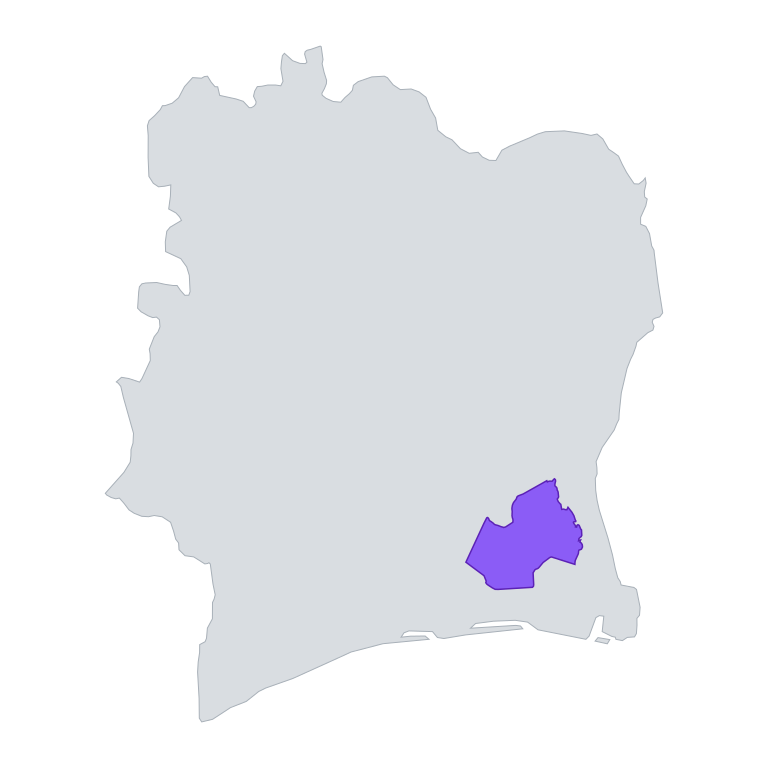 where Agnéby sits in Ivory Coast
{"feature_id": "CIV-3451", "entity_name": "Agnéby", "entity_type": "Department", "adm_level": 1, "iso_a3": "CIV", "parent_name": "Ivory Coast", "parent_adm1": "", "projection": "natural_earth1", "projection_center": [-3.837, 6.123], "detail": "fine", "context": "in_parent", "style": "filled", "palette": "violet", "viewbox_px": 768, "rotation_deg": 0, "n_neighbors": 0, "source": "natural_earth", "source_scale": "10m", "svg_char_len": 5420}
<svg xmlns="http://www.w3.org/2000/svg" viewBox="0 0 768 768"><path d="M162.4,105.7L165.2,105.6L172.2,103.2L178.6,97.8L184.5,86.6L192.6,77.6L201.6,78.2L204.3,76.6L207.5,76.2L211.2,82.2L215.0,86.7L217.7,86.8L219.7,95.4L236.2,99.0L243.2,101.3L249.1,107.6L251.2,107.7L253.7,106.4L255.7,104.2L256.1,101.8L253.5,96.2L254.7,91.1L257.3,86.6L261.6,86.3L268.0,85.0L275.3,85.0L280.8,85.8L283.0,81.3L280.9,68.6L281.5,61.6L282.4,55.7L284.4,53.3L292.6,60.7L300.0,63.4L305.4,63.6L306.9,62.2L304.6,54.1L305.2,51.6L307.2,50.2L310.7,49.4L320.2,46.1L321.2,46.7L323.0,59.5L322.1,63.7L324.1,72.4L326.6,80.4L326.4,83.7L324.4,88.7L321.9,93.3L322.2,95.2L326.0,98.3L333.2,101.5L340.8,102.2L345.0,97.5L349.4,93.7L352.4,90.3L353.4,85.3L358.2,81.6L371.8,76.9L384.4,76.2L387.4,77.7L393.1,84.8L400.3,89.6L411.2,89.0L419.1,91.9L426.0,97.3L430.6,109.3L435.6,118.0L437.8,130.3L445.8,136.8L452.0,139.8L460.4,148.7L469.2,153.3L478.2,152.3L482.4,157.0L489.2,160.3L495.9,160.5L501.9,150.2L509.7,146.1L529.6,137.8L537.4,134.1L545.3,131.7L564.4,130.9L582.2,133.5L591.0,135.4L597.0,134.0L602.8,138.9L608.7,149.2L613.6,152.5L618.5,156.1L622.2,164.2L626.5,172.3L628.8,175.9L634.2,183.8L638.8,184.0L643.3,180.5L645.2,177.9L646.1,183.2L644.3,191.7L644.7,197.0L647.2,199.0L645.8,205.8L640.6,217.4L640.6,224.2L645.8,226.4L649.5,233.6L651.7,246.0L654.0,250.2L654.2,252.7L658.0,282.8L662.7,312.9L659.7,316.9L655.6,318.0L653.0,319.4L652.2,322.2L654.0,326.4L652.9,330.1L647.8,332.7L636.8,342.3L636.0,346.1L633.1,354.3L630.6,359.3L627.0,368.5L621.3,392.9L619.2,413.2L618.9,419.4L616.7,423.8L614.2,430.0L602.2,447.4L596.1,461.6L596.9,467.7L597.1,473.9L595.3,478.4L595.7,490.4L597.1,500.4L599.3,510.2L608.0,538.1L612.5,555.0L615.3,568.6L617.8,577.8L620.2,581.5L621.1,585.0L634.0,587.5L636.5,589.5L640.1,607.3L639.5,615.3L636.9,618.4L637.0,625.2L636.4,633.6L634.5,636.9L627.3,637.4L622.4,640.6L615.9,639.3L615.3,637.2L611.8,636.4L602.2,631.6L603.8,616.2L599.4,615.6L595.9,617.6L589.1,636.1L585.9,639.3L538.0,629.8L527.6,622.1L515.2,620.3L493.5,621.2L475.6,623.5L470.5,628.2L515.7,625.4L520.5,626.0L522.8,628.8L465.7,634.9L443.9,638.5L437.4,637.5L432.5,631.6L408.9,630.9L404.0,632.8L401.1,637.2L410.4,636.2L425.1,636.0L429.0,639.3L383.0,643.7L351.1,652.0L337.6,658.2L293.0,678.4L265.8,688.0L258.7,691.5L246.3,701.4L230.5,707.6L212.6,719.3L201.7,721.9L199.3,718.2L199.1,698.5L197.6,672.1L198.2,662.0L199.6,652.5L199.7,644.6L205.1,641.7L206.5,638.3L207.4,628.1L212.4,618.8L212.5,602.5L214.1,599.1L215.2,594.8L213.0,584.1L210.3,564.0L208.9,562.7L207.7,563.5L204.8,563.9L193.7,556.9L185.0,555.7L179.0,549.8L178.6,543.0L175.7,539.1L173.6,531.2L170.6,522.3L162.2,516.8L154.2,515.5L148.5,516.7L141.8,516.3L134.2,513.3L129.0,509.9L124.0,503.3L119.4,498.1L115.7,498.8L111.2,497.5L106.8,495.1L105.3,493.3L123.9,472.4L130.2,462.2L130.9,455.9L131.0,449.6L133.0,443.1L133.5,433.3L123.4,397.5L120.8,386.4L118.1,383.1L116.3,381.9L121.5,377.3L128.7,378.5L139.6,382.1L142.0,378.5L150.3,360.5L150.1,353.7L149.3,349.1L154.2,336.7L158.0,331.9L160.0,326.8L159.4,319.7L156.5,317.1L152.7,317.6L148.1,315.8L141.1,311.8L137.6,308.2L138.7,291.8L139.4,286.8L141.9,283.8L145.7,283.0L156.6,282.5L165.3,284.4L173.0,285.5L177.1,285.5L180.4,290.3L184.8,295.3L188.8,295.2L190.1,291.6L189.3,275.4L186.7,266.9L180.8,258.7L165.6,251.6L165.3,241.8L166.8,231.2L170.1,227.2L181.5,220.4L179.5,216.8L175.9,212.9L168.7,209.0L170.4,196.3L170.8,184.9L164.7,186.2L158.5,186.8L153.3,183.3L148.9,176.4L148.1,157.4L148.2,135.5L147.4,125.8L149.1,120.6L154.5,115.8L160.3,109.6L162.4,105.7ZM609.8,639.6L607.3,643.8L595.1,641.1L598.0,637.6L609.8,639.6Z" fill="#d9dde1" stroke="#a8b0b8" stroke-width="1"/><path d="M512.8,522.3L513.0,520.8L512.9,519.4L512.8,518.9L512.4,517.9L512.0,515.6L512.1,514.5L512.1,513.3L512.2,512.1L512.2,511.5L512.0,509.6L511.9,508.9L512.0,507.6L512.4,505.2L513.2,503.2L513.7,502.3L516.0,499.4L516.4,498.6L516.7,497.8L516.8,497.2L517.3,496.6L518.1,495.9L523.1,494.0L546.8,480.7L547.3,481.9L548.5,481.4L549.8,481.1L551.9,481.2L552.3,481.1L553.6,479.4L554.5,478.8L555.4,479.7L555.6,481.1L554.9,484.1L554.9,485.5L555.2,486.2L556.4,487.2L556.7,487.6L557.0,488.5L557.2,490.2L557.7,490.9L558.1,492.0L558.6,496.8L558.4,497.5L558.0,498.1L557.5,498.6L557.3,498.9L557.4,499.7L557.7,500.3L557.9,500.8L558.0,501.1L558.4,501.8L560.2,503.9L560.8,504.3L561.7,509.4L563.7,509.1L565.4,509.7L566.9,509.7L568.0,507.3L571.9,512.2L573.9,515.7L575.3,520.0L575.9,521.0L575.7,521.6L573.9,521.8L573.4,522.2L573.6,523.1L574.1,523.9L574.5,524.2L575.2,525.3L575.7,526.5L575.5,526.9L576.6,527.1L577.0,525.3L578.0,524.7L579.2,525.4L580.7,529.0L581.5,529.9L581.8,535.3L581.2,536.6L580.0,537.5L578.9,538.6L578.6,540.7L579.1,540.4L580.6,540.0L580.4,540.5L580.1,541.6L579.9,542.1L581.4,543.1L582.3,544.8L582.5,547.0L581.5,549.1L580.6,549.6L579.7,549.8L578.9,550.2L578.6,551.2L578.5,552.6L578.3,553.8L575.3,560.4L575.0,562.2L574.9,564.4L551.9,557.1L551.4,557.0L550.6,557.2L549.8,557.5L543.1,562.5L539.3,567.1L538.1,568.3L537.1,568.8L536.3,569.0L535.0,569.7L533.1,572.8L533.7,584.7L533.6,585.4L533.5,586.2L532.5,587.3L498.1,589.4L495.1,589.3L492.4,587.9L488.1,585.1L486.7,584.0L485.8,582.7L486.2,581.1L484.0,575.7L465.9,562.2L483.9,523.4L486.7,517.9L487.1,517.6L487.6,517.5L488.3,518.1L488.6,518.6L488.9,519.1L489.2,520.1L489.5,520.5L489.9,520.9L491.1,521.6L493.4,523.3L494.0,524.0L494.4,524.3L495.0,524.7L498.1,525.5L501.1,526.7L503.1,527.2L503.5,527.5L505.5,527.0L512.8,522.3Z" fill="#8b5cf6" stroke="#5b21b6" stroke-width="1.5"/></svg>